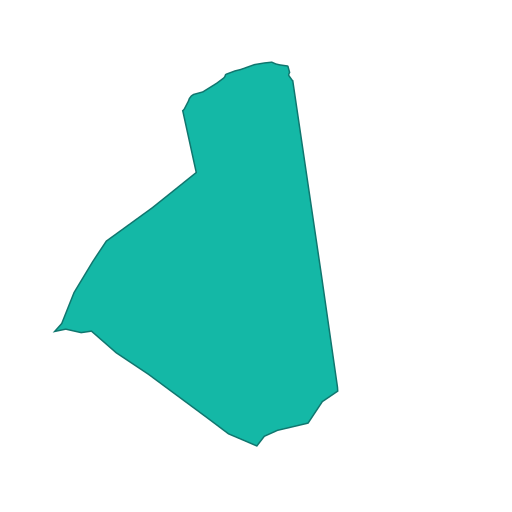 Barnwell, South Carolina, United States of America, rotated 124°
{"feature_id": "52423323B69510084173682", "entity_name": "Barnwell", "entity_type": "district", "adm_level": 2, "iso_a3": "USA", "parent_name": "United States of America", "parent_adm1": "South Carolina", "projection": "robinson", "projection_center": [-81.514, 33.292], "detail": "fine", "context": "isolated", "style": "filled", "palette": "teal", "viewbox_px": 512, "rotation_deg": 124, "n_neighbors": 0, "source": "geoboundaries", "source_scale": "gbopen_adm2", "svg_char_len": 771}
<svg xmlns="http://www.w3.org/2000/svg" viewBox="0 0 512 512"><g transform="rotate(124 256 256)"><path d="M413.0,149.1L400.8,148.3L388.5,140.7L365.4,119.4L339.6,119.6L322.3,112.7L319.2,115.1L235.7,190.7L90.2,323.5L90.3,323.7L88.0,329.9L86.7,330.6L85.0,330.8L80.9,335.6L80.9,336.2L84.3,343.2L85.7,346.9L86.5,351.3L91.3,357.0L98.2,364.3L110.0,373.0L114.3,376.9L121.9,382.3L122.8,382.6L124.8,382.1L126.5,382.3L134.6,385.1L149.8,391.9L157.0,398.1L159.5,399.1L162.6,399.3L165.6,398.6L174.4,397.6L176.0,397.8L176.5,398.0L220.2,352.2L273.9,368.9L327.3,388.4L343.6,388.3L352.1,388.2L388.0,386.4L420.6,379.3L431.1,380.7L423.0,372.8L417.3,358.1L410.3,350.4L414.4,317.8L414.2,279.5L417.6,202.2L418.8,179.4L413.0,149.1Z" fill="#14b8a6" stroke="#0f766e" stroke-width="1.5"/></g></svg>